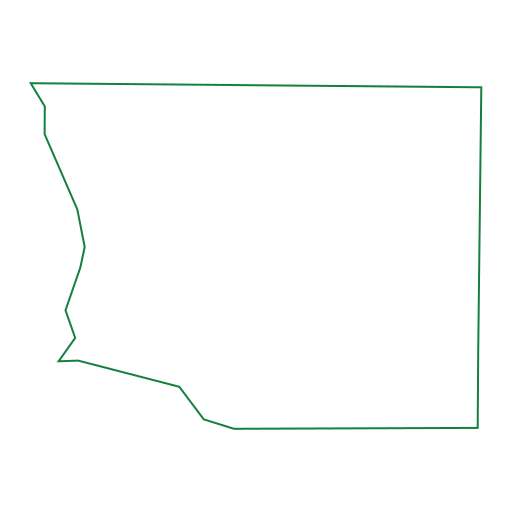 the district of Crisp, Georgia, United States of America
{"feature_id": "52423323B39330829782254", "entity_name": "Crisp", "entity_type": "district", "adm_level": 2, "iso_a3": "USA", "parent_name": "United States of America", "parent_adm1": "Georgia", "projection": "robinson", "projection_center": [-83.86, 31.917], "detail": "fine", "context": "isolated", "style": "outline", "palette": "green", "viewbox_px": 512, "rotation_deg": 0, "n_neighbors": 0, "source": "geoboundaries", "source_scale": "gbopen_adm2", "svg_char_len": 317}
<svg xmlns="http://www.w3.org/2000/svg" viewBox="0 0 512 512"><path d="M30.7,83.2L44.8,106.4L44.6,134.1L77.3,209.4L84.7,246.9L80.4,267.3L65.5,310.3L75.2,337.9L58.6,361.3L78.1,360.6L179.3,386.8L203.8,419.4L234.0,428.8L477.7,427.9L478.2,351.9L481.3,87.3L30.7,83.2Z" fill="none" stroke="#15803d" stroke-width="2"/></svg>